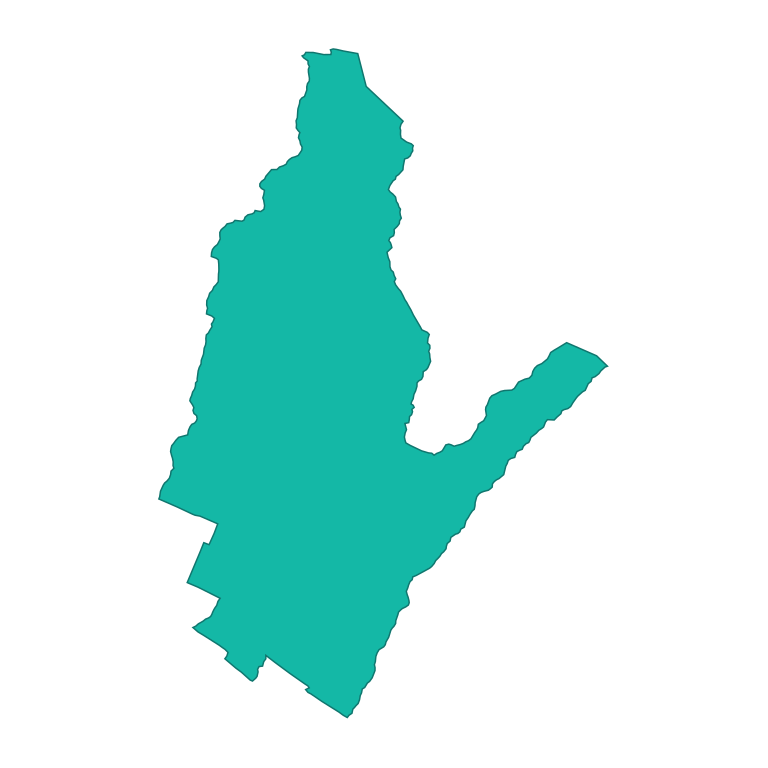 the district of Githunguri, Central, Kenya, rotated 91°
{"feature_id": "3690345B4833769757076", "entity_name": "Githunguri", "entity_type": "district", "adm_level": 2, "iso_a3": "KEN", "parent_name": "Kenya", "parent_adm1": "Central", "projection": "albers", "projection_center": [36.787, -1.05], "detail": "fine", "context": "isolated", "style": "filled", "palette": "teal", "viewbox_px": 768, "rotation_deg": 91, "n_neighbors": 0, "source": "geoboundaries", "source_scale": "gbopen_adm2", "svg_char_len": 6144}
<svg xmlns="http://www.w3.org/2000/svg" viewBox="0 0 768 768"><g transform="rotate(91 384 384)"><path d="M352.1,171.9L339.5,202.1L345.2,211.1L347.2,214.4L349.6,217.9L352.8,219.3L356.1,221.0L360.8,226.5L362.9,231.0L365.5,233.6L368.8,235.4L372.7,236.3L375.6,238.9L376.7,243.2L379.7,249.5L386.2,253.6L387.9,256.2L388.4,263.2L389.3,267.1L392.2,272.4L393.8,275.9L396.3,278.0L402.9,280.3L405.3,281.7L407.9,282.0L413.8,281.0L419.0,283.7L420.7,286.4L422.6,289.0L426.0,289.5L428.2,290.5L430.9,292.4L437.3,296.1L439.2,298.5L440.4,301.3L442.0,303.7L443.2,306.7L444.2,310.4L445.0,312.8L443.6,315.9L443.0,318.2L443.8,321.1L449.7,324.5L451.2,326.8L452.5,330.1L454.3,332.7L452.4,335.0L452.1,338.3L450.2,345.2L444.9,356.8L442.5,361.1L440.1,361.9L436.7,362.7L432.6,362.0L429.3,360.7L423.1,362.4L422.2,358.6L419.3,358.1L416.1,357.9L414.2,355.9L411.2,355.0L408.9,355.7L406.9,353.4L404.7,354.5L403.5,356.6L401.3,356.1L398.3,354.6L393.9,353.9L390.4,352.3L385.7,351.0L382.3,351.0L380.4,349.5L378.7,346.6L375.8,345.2L371.0,345.0L368.9,341.8L366.9,340.4L360.5,337.8L356.6,338.6L353.1,338.9L350.5,339.9L347.5,338.7L344.5,338.9L342.2,341.2L337.5,340.8L333.7,339.6L331.6,341.6L329.2,347.1L326.2,348.7L314.4,355.9L309.6,358.3L304.6,361.3L302.2,362.6L299.3,364.6L295.4,366.5L291.0,368.9L288.5,371.2L284.7,374.1L281.4,375.5L278.6,374.1L275.4,375.7L271.9,376.7L269.8,379.0L266.6,380.1L261.6,380.3L257.5,382.0L252.2,383.3L247.5,378.5L244.9,379.2L242.5,380.1L240.5,381.7L237.7,380.6L235.5,377.0L232.5,376.3L229.3,376.6L226.2,373.5L223.4,371.5L220.6,371.3L217.9,369.6L214.9,370.6L211.9,371.1L208.9,370.6L206.7,372.2L203.6,373.2L201.3,374.8L196.9,375.7L194.0,378.4L191.9,381.2L189.5,383.0L185.5,381.6L180.7,378.5L179.0,376.2L176.2,375.6L174.3,373.0L169.5,368.8L166.1,368.6L158.6,367.3L157.6,364.2L155.4,361.7L152.9,360.8L150.4,359.3L147.6,359.6L145.2,358.9L143.4,360.9L141.7,365.6L137.8,371.3L134.1,371.9L130.0,371.8L127.7,372.5L124.1,371.6L120.9,369.5L86.8,407.0L54.1,416.0L51.7,430.7L50.3,437.3L49.9,440.7L50.8,443.4L53.1,442.5L55.5,442.9L55.7,450.0L53.8,460.5L53.8,467.9L56.2,469.3L57.4,471.6L59.3,470.0L62.3,465.6L65.3,465.5L67.9,464.1L70.5,465.1L73.5,465.0L79.6,463.9L82.5,464.0L84.9,465.7L88.1,466.4L91.4,466.3L97.9,468.5L99.4,471.1L101.8,473.0L105.4,473.4L110.3,474.8L112.6,475.0L119.3,475.3L122.4,476.5L126.2,476.0L129.5,476.2L131.9,474.5L134.1,472.5L136.3,473.3L139.3,473.8L142.4,472.3L145.5,471.7L148.5,470.0L151.7,470.3L157.0,473.7L158.4,476.9L159.3,479.9L161.2,482.6L163.3,484.5L165.9,485.6L167.5,488.4L168.9,492.3L171.4,494.7L171.6,500.2L178.3,505.7L181.2,506.9L183.6,510.0L186.0,511.6L188.5,511.6L190.6,510.0L192.4,506.9L196.7,507.5L200.0,508.4L202.4,507.5L207.9,506.5L211.4,507.1L213.7,510.2L213.3,513.2L212.8,515.9L215.0,516.8L216.2,518.8L217.2,523.0L219.6,525.8L222.5,526.8L223.7,528.8L223.0,535.9L225.1,537.8L225.9,540.4L226.6,543.7L229.3,545.7L230.9,547.7L232.6,549.5L235.3,550.8L238.8,550.7L241.8,550.3L244.3,551.4L247.4,553.0L249.9,555.9L252.5,557.8L255.8,558.7L259.5,558.9L261.2,553.9L262.7,551.8L267.1,551.3L271.9,551.1L274.3,551.1L276.8,551.4L284.7,551.5L287.5,553.5L289.9,555.8L293.4,557.2L296.3,559.9L299.9,560.9L303.7,562.6L308.1,562.7L311.4,561.7L313.8,562.4L317.0,562.7L319.0,557.4L321.3,554.7L324.9,556.1L327.1,557.6L329.7,556.9L333.3,559.1L336.1,560.5L338.0,562.5L341.5,562.9L344.8,562.7L348.0,563.1L351.3,564.4L357.4,565.0L363.4,567.1L367.3,567.3L370.6,569.0L374.1,570.0L382.0,570.9L384.3,570.8L386.2,572.4L389.4,572.5L392.3,573.3L395.4,575.2L398.9,576.1L401.9,577.4L404.2,577.8L408.5,574.9L410.9,573.7L413.7,574.5L416.8,573.5L418.9,570.8L422.1,570.2L424.4,571.1L426.4,572.7L427.7,575.5L430.2,577.2L433.8,578.7L438.3,579.4L440.9,588.4L443.9,591.1L447.2,593.4L449.3,595.1L452.2,595.8L455.2,596.2L459.2,595.1L461.8,594.2L465.5,593.4L469.3,593.5L471.9,592.6L474.8,595.4L478.4,595.8L482.0,597.0L484.9,599.4L486.8,601.6L489.1,603.0L495.1,605.6L500.6,606.3L502.9,607.1L510.7,588.3L517.5,573.2L518.5,570.6L519.3,565.7L526.7,547.8L536.3,551.2L547.7,556.1L545.8,561.4L555.0,564.9L586.0,577.3L590.4,566.4L601.1,544.1L604.2,546.2L608.3,547.4L610.9,549.2L612.9,550.3L615.1,551.3L617.3,552.1L619.5,553.3L621.0,555.4L622.2,558.3L624.1,560.5L625.7,563.1L627.0,565.4L629.4,568.0L630.8,570.8L635.1,565.7L638.4,560.0L648.2,544.0L650.4,540.9L652.1,538.3L655.1,535.3L658.8,536.4L661.5,538.3L670.7,527.1L674.6,521.6L682.4,512.6L683.3,510.3L680.4,507.1L678.5,505.8L674.1,504.9L671.4,505.4L668.7,504.0L668.2,500.5L663.7,499.4L660.9,497.4L657.4,497.4L664.6,487.7L675.0,473.1L685.4,457.7L687.1,454.9L689.1,453.5L690.9,457.0L693.7,454.6L695.1,451.7L702.6,440.3L712.9,423.2L715.9,419.0L718.1,414.9L715.8,413.2L713.8,410.3L709.7,409.5L707.9,407.8L706.1,406.4L703.9,404.3L700.3,403.0L695.9,402.3L693.3,401.1L689.3,400.4L687.8,398.0L683.3,395.4L681.6,393.2L678.0,390.7L670.7,388.0L667.7,388.0L664.8,388.7L661.7,387.8L656.6,387.4L652.8,386.1L649.7,384.3L646.8,379.7L644.7,378.2L641.8,377.5L637.1,374.9L630.1,372.9L627.9,371.5L626.2,369.9L623.3,368.2L620.5,368.1L614.4,366.1L611.8,365.5L609.9,363.7L608.2,361.8L606.5,358.4L604.6,355.8L602.3,355.0L600.0,355.3L596.7,356.2L594.4,357.1L590.9,358.1L587.5,356.7L584.5,355.9L581.1,354.5L579.2,352.4L576.4,351.9L574.8,348.3L567.3,335.1L565.6,333.1L562.6,330.7L559.6,329.2L557.7,327.3L555.2,325.1L552.6,323.6L550.7,321.4L547.7,319.1L545.2,318.8L542.4,318.0L539.9,315.2L536.2,314.5L532.9,309.9L532.2,307.6L530.5,305.6L527.8,304.7L525.7,301.2L519.4,299.7L516.1,297.5L512.6,295.6L509.3,293.4L507.7,291.6L504.2,290.9L501.1,290.8L495.1,289.3L492.2,287.2L490.7,285.0L489.6,282.2L488.4,277.8L486.9,275.8L485.2,274.0L481.9,273.8L479.6,272.0L477.8,269.8L476.6,267.4L472.5,262.7L464.0,260.8L461.5,259.5L458.1,258.4L456.3,255.9L455.1,252.0L452.0,251.2L449.3,250.0L447.8,247.1L446.9,244.7L443.8,243.5L441.2,240.9L440.0,238.3L437.6,237.1L434.8,236.2L430.5,230.9L427.6,228.4L425.8,225.6L424.2,223.7L419.3,221.9L416.8,220.0L417.0,213.2L413.9,210.3L410.6,206.6L407.8,205.8L406.5,203.6L405.4,199.8L403.3,197.0L399.4,194.8L394.3,191.3L392.5,189.8L388.4,185.4L386.8,182.7L380.1,179.8L377.8,177.0L374.2,176.1L373.0,173.1L371.4,171.1L369.8,169.2L367.2,167.5L363.2,163.3L362.3,160.9L352.1,171.9Z" fill="#14b8a6" stroke="#0f766e" stroke-width="1.5"/></g></svg>